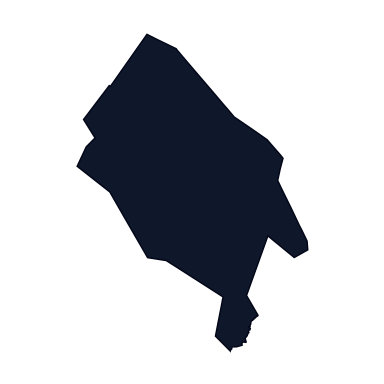 San Francisco Tlapancingo, Oaxaca, Mexico (Albers equal-area conic projection), rotated 215°
{"feature_id": "50627088B51167334219016", "entity_name": "San Francisco Tlapancingo", "entity_type": "district", "adm_level": 2, "iso_a3": "MEX", "parent_name": "Mexico", "parent_adm1": "Oaxaca", "projection": "albers", "projection_center": [-98.293, 17.481], "detail": "fine", "context": "isolated", "style": "filled", "palette": "ink", "viewbox_px": 384, "rotation_deg": 215, "n_neighbors": 0, "source": "geoboundaries", "source_scale": "gbopen_adm2", "svg_char_len": 1157}
<svg xmlns="http://www.w3.org/2000/svg" viewBox="0 0 384 384"><g transform="rotate(215 192 192)"><path d="M65.5,112.3L66.1,113.8L68.1,114.2L67.4,115.3L68.0,115.9L68.0,117.0L69.7,120.6L68.9,121.3L67.5,127.9L67.3,127.8L67.1,128.4L67.3,128.9L88.0,138.5L104.7,199.6L70.7,197.0L64.0,211.0L69.6,217.8L80.5,223.9L84.4,225.9L102.7,236.3L114.6,242.8L121.6,246.7L126.9,249.7L128.4,250.5L133.1,261.7L136.8,271.8L140.0,272.8L154.5,276.4L158.8,277.5L160.5,277.9L177.4,277.9L196.1,277.7L200.4,277.6L212.1,280.7L214.7,281.3L233.4,286.2L252.1,291.0L270.7,295.8L285.6,299.7L287.2,300.3L290.0,299.8L305.1,297.4L308.0,296.9L319.3,295.3L319.4,231.8L320.8,231.7L322.4,189.2L302.4,180.7L304.5,168.3L300.8,147.2L259.3,144.9L232.5,132.3L226.1,129.3L190.7,112.8L180.3,117.9L174.0,121.0L173.8,121.1L173.1,121.1L168.5,121.3L164.5,121.5L108.2,123.8L106.3,123.9L105.7,122.4L104.6,119.9L103.6,117.8L102.5,115.3L101.8,113.8L99.8,109.2L90.1,87.4L69.5,83.7L69.9,84.3L69.4,85.9L70.4,88.0L66.7,90.8L63.1,95.2L65.0,97.9L61.6,99.8L61.7,100.3L63.5,101.7L64.6,102.6L64.4,105.8L64.9,107.8L65.0,109.1L64.8,109.4L66.5,111.0L65.5,112.3Z" fill="#0f172a" stroke="#020617" stroke-width="1.5"/></g></svg>